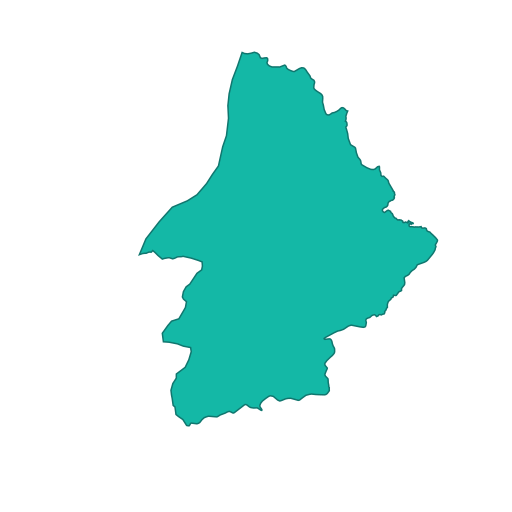 Hiem, Houaphan, Laos (Natural Earth projection), rotated 221°
{"feature_id": "54806243B99881482516607", "entity_name": "Hiem", "entity_type": "district", "adm_level": 2, "iso_a3": "LAO", "parent_name": "Laos", "parent_adm1": "Houaphan", "projection": "natural_earth1", "projection_center": [103.244, 20.096], "detail": "fine", "context": "isolated", "style": "filled", "palette": "teal", "viewbox_px": 512, "rotation_deg": 221, "n_neighbors": 0, "source": "geoboundaries", "source_scale": "gbopen_adm2", "svg_char_len": 6141}
<svg xmlns="http://www.w3.org/2000/svg" viewBox="0 0 512 512"><g transform="rotate(221 256 256)"><path d="M344.9,180.5L343.3,183.3L342.0,184.8L340.7,186.0L339.4,188.7L337.5,190.3L337.5,192.4L334.3,192.4L330.3,192.1L324.7,192.2L323.4,194.3L321.2,197.0L320.2,197.9L317.0,199.2L315.9,201.0L314.6,204.0L311.7,206.7L310.9,207.9L303.5,211.9L296.5,214.9L292.8,216.2L289.8,213.2L287.9,209.9L289.2,204.2L287.5,191.4L288.5,186.9L287.4,181.5L284.7,176.8L282.5,175.9L278.5,175.9L275.5,170.9L274.7,167.0L273.0,158.0L277.0,151.4L276.9,145.7L276.0,136.2L269.6,130.5L265.1,133.9L257.6,138.2L251.7,140.3L245.3,144.0L242.1,141.3L238.6,133.6L236.4,125.5L238.7,114.7L236.0,111.5L235.1,105.2L232.1,98.9L228.6,95.7L225.9,93.6L220.5,88.9L218.1,88.9L212.4,83.9L209.2,84.0L203.9,84.6L197.2,82.6L196.4,83.0L195.4,83.7L195.0,84.2L195.5,86.7L195.3,87.4L190.5,90.6L189.6,92.1L189.2,93.4L189.4,97.2L189.0,100.0L188.2,101.6L186.8,103.9L181.2,108.0L179.9,109.0L179.4,110.3L178.7,112.6L176.2,117.2L175.2,119.8L174.2,121.2L172.7,121.8L170.6,122.3L170.0,122.7L169.6,123.5L167.0,136.4L166.3,137.2L165.3,137.6L161.9,137.8L160.5,138.2L158.1,139.7L155.9,141.8L155.1,142.3L151.3,142.8L150.4,143.2L150.5,143.7L151.4,144.1L154.1,144.8L155.2,145.9L155.9,148.2L156.0,150.8L155.2,155.0L154.3,158.5L153.5,159.9L150.9,161.4L145.2,161.5L144.1,161.8L142.9,162.2L142.0,163.6L139.9,167.7L138.4,169.6L136.5,171.4L129.4,174.8L128.6,175.9L127.8,180.0L126.9,183.7L125.0,186.5L123.6,188.2L120.0,190.7L117.1,193.0L113.2,196.2L112.4,197.3L112.0,199.0L112.3,202.4L113.5,203.7L114.3,204.7L114.7,205.0L115.2,205.0L115.7,205.3L116.1,206.0L118.4,207.8L120.5,210.0L121.3,210.6L124.7,210.9L125.9,211.4L126.5,212.1L127.6,215.2L128.3,217.6L128.7,218.2L132.1,218.8L133.0,219.4L133.6,220.2L133.9,223.6L133.5,228.3L133.1,230.9L133.1,232.9L133.3,234.3L133.8,235.3L135.4,237.1L136.2,237.8L139.1,238.9L140.8,239.9L142.8,241.4L144.2,242.0L145.4,242.1L146.3,241.6L149.0,238.6L149.5,238.2L150.3,238.2L150.5,238.6L150.0,240.6L146.8,249.1L145.1,253.0L143.5,255.1L141.8,258.2L140.3,263.8L138.8,266.3L131.1,270.7L128.2,272.6L127.6,273.4L127.2,274.1L127.3,275.1L127.7,275.9L129.1,278.2L130.9,279.4L131.4,280.5L131.4,281.2L131.0,282.3L129.8,284.3L129.7,285.1L129.6,286.2L129.4,287.3L128.8,288.4L128.0,289.5L126.7,289.6L125.3,289.4L125.0,290.0L124.6,290.8L124.7,291.9L124.6,292.5L124.0,293.2L122.8,293.7L122.2,295.2L121.3,296.3L121.6,297.7L122.5,298.5L122.4,299.8L122.5,300.5L123.2,302.2L123.1,303.4L125.0,305.5L125.5,306.5L126.1,308.0L126.2,308.5L126.2,309.5L125.9,311.3L125.9,312.1L126.3,313.0L126.3,313.3L125.7,314.5L125.7,315.1L126.5,316.6L124.8,317.7L124.3,318.3L124.3,318.7L124.5,319.3L124.4,320.3L124.6,321.5L124.6,323.0L123.8,324.4L123.5,325.4L124.8,326.9L125.0,328.5L125.0,329.9L125.1,331.8L126.2,333.5L129.9,336.7L129.9,338.5L128.8,341.1L128.5,342.9L128.8,344.7L128.6,347.4L127.9,349.9L127.8,352.3L128.5,355.1L128.1,356.0L125.1,361.3L124.2,363.3L123.8,365.2L124.0,372.8L124.2,374.9L124.9,378.1L126.1,380.2L126.2,381.0L126.6,381.3L127.1,381.5L127.8,381.9L128.1,382.7L128.5,384.8L129.0,386.5L129.6,387.1L132.2,387.6L136.5,387.9L138.9,387.9L139.9,388.1L140.5,388.1L141.2,387.8L142.5,387.3L143.2,387.2L144.3,387.5L145.1,388.2L145.6,388.4L146.1,388.3L147.0,388.0L148.1,386.7L149.0,386.1L149.6,386.0L150.2,386.2L150.7,386.5L151.2,385.8L152.8,384.0L153.5,383.7L154.3,382.8L154.9,382.5L155.2,382.1L155.5,381.5L156.4,381.2L157.1,380.7L157.4,380.4L158.0,380.2L158.7,379.3L159.6,379.0L160.0,379.1L161.0,379.9L161.1,380.4L161.0,381.6L160.7,381.7L160.1,381.6L159.7,381.8L159.6,382.0L160.0,382.2L159.9,382.6L159.6,382.9L158.7,383.5L158.8,383.8L159.3,383.8L159.6,383.9L160.0,383.7L160.3,383.4L160.6,382.7L161.1,382.7L161.4,383.2L163.0,382.7L163.9,382.9L164.0,381.8L163.2,381.2L163.0,380.9L163.1,380.6L163.5,380.4L164.3,380.2L164.7,380.0L165.4,379.8L165.9,378.6L166.4,378.3L166.8,377.8L167.2,377.8L167.5,377.9L167.9,378.4L168.4,378.6L168.6,378.5L169.3,378.3L170.3,378.3L170.5,378.1L171.0,377.4L171.6,377.4L171.9,377.1L172.4,376.3L173.4,376.1L175.2,376.3L176.1,375.8L176.4,375.8L178.1,376.1L179.1,376.4L180.0,377.0L181.1,377.4L182.4,377.3L182.9,377.4L183.3,377.6L183.7,378.0L186.3,377.3L186.8,376.3L187.5,373.2L188.6,372.8L189.5,372.9L190.3,373.1L191.2,374.2L190.8,376.9L189.9,378.3L189.7,379.7L189.9,380.8L191.1,382.7L191.2,383.5L191.2,384.8L190.7,385.5L190.6,386.3L190.3,386.8L189.8,387.4L189.5,387.9L189.4,389.7L189.7,390.6L189.8,390.8L190.5,391.0L190.8,391.9L191.1,392.3L191.3,393.3L192.9,394.3L193.1,394.7L193.7,395.0L194.5,395.0L194.8,394.9L195.2,395.0L195.3,395.3L203.5,398.1L205.6,399.5L206.7,399.8L209.2,399.8L212.0,400.0L213.2,398.7L214.5,398.8L216.4,400.6L219.3,402.0L221.3,404.3L221.9,404.5L222.8,403.1L223.2,399.8L224.1,398.3L226.2,396.7L230.4,395.3L235.9,394.3L237.2,394.6L238.4,395.7L239.8,396.7L240.9,397.0L244.0,397.5L248.0,399.8L251.7,402.7L252.8,402.9L257.2,402.1L258.2,402.3L263.6,405.3L267.1,408.5L270.7,410.9L272.4,411.9L272.9,412.6L272.8,413.5L272.9,414.1L273.5,414.9L274.8,416.1L275.5,416.4L276.0,416.5L276.9,416.3L277.5,417.7L278.1,418.7L278.8,419.5L279.7,420.2L280.1,420.9L280.5,421.9L281.2,423.4L281.9,425.6L282.5,425.3L283.5,424.9L285.0,425.2L286.7,425.2L287.5,425.0L288.3,424.5L288.7,424.0L289.0,422.9L289.2,420.5L289.8,418.3L291.0,415.7L292.1,414.3L292.5,413.6L292.7,412.5L293.3,410.6L293.7,410.1L294.9,409.3L295.8,409.1L296.9,409.4L300.7,411.3L304.1,414.0L306.7,415.7L309.0,418.7L310.3,420.1L311.7,420.8L313.3,421.0L318.3,420.3L320.3,420.2L322.0,420.4L322.9,421.0L324.7,423.5L325.3,424.9L325.9,425.8L327.5,426.6L330.2,426.2L331.5,426.2L333.4,427.3L338.1,428.4L340.4,429.1L342.5,429.4L343.7,429.0L345.1,428.0L346.2,426.0L348.1,420.4L349.1,419.6L351.6,418.6L354.2,417.9L356.1,417.9L357.2,418.6L358.7,419.1L359.6,418.9L362.2,414.0L362.7,413.7L367.9,409.2L370.6,408.2L373.0,408.2L374.6,409.1L375.3,411.1L376.6,412.5L377.9,412.7L379.4,411.2L381.1,409.1L382.7,408.5L385.8,410.0L388.1,409.9L390.9,408.7L392.7,405.9L394.9,403.1L397.5,401.3L400.0,400.5L394.6,387.3L389.6,373.7L382.7,360.8L375.9,351.1L367.1,341.9L357.2,327.4L352.8,316.6L343.4,299.3L342.4,289.0L340.8,278.2L340.7,263.5L344.0,252.6L351.2,237.9L351.5,218.4L350.3,196.7L344.9,180.5Z" fill="#14b8a6" stroke="#0f766e" stroke-width="1.5"/></g></svg>